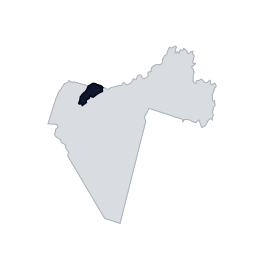 location of Ansongo, Gao, Mali, rotated 198°
{"feature_id": "8926073B56917716124995", "entity_name": "Ansongo", "entity_type": "district", "adm_level": 2, "iso_a3": "MLI", "parent_name": "Mali", "parent_adm1": "Gao", "projection": "equal_earth", "projection_center": [1.009, 15.923], "detail": "fine", "context": "in_parent", "style": "filled", "palette": "ink", "viewbox_px": 256, "rotation_deg": 198, "n_neighbors": 0, "source": "geoboundaries", "source_scale": "gbopen_adm2", "svg_char_len": 5225}
<svg xmlns="http://www.w3.org/2000/svg" viewBox="0 0 256 256"><g transform="rotate(198 128 128)"><path d="M58.2,192.3L58.2,191.4L57.6,190.7L57.6,190.4L58.0,187.6L58.0,186.9L58.3,185.5L57.9,184.9L57.8,184.4L56.8,182.6L56.5,181.1L56.0,180.1L54.9,179.8L54.4,180.6L54.2,180.8L53.8,180.1L53.6,179.6L53.6,179.1L52.2,176.7L52.3,175.4L52.9,174.8L53.1,173.7L52.6,172.4L52.7,171.2L52.6,169.4L51.8,168.0L51.2,167.3L50.7,166.3L51.2,163.9L50.3,161.8L52.0,162.6L52.8,161.9L53.5,160.8L54.2,159.5L54.5,157.8L54.7,156.3L55.4,154.0L56.2,152.9L57.9,151.3L58.3,151.5L60.9,154.9L62.4,156.6L63.0,157.5L63.4,157.5L64.2,155.8L65.0,154.4L65.4,154.0L68.1,153.9L69.5,154.1L70.7,154.5L72.5,154.7L77.1,153.6L77.2,152.9L77.2,152.1L77.4,151.5L77.8,151.0L78.1,150.8L78.2,152.7L78.6,153.0L79.7,153.1L114.1,153.1L115.7,143.2L113.2,139.6L106.0,34.8L122.2,34.8L124.9,37.1L176.7,82.8L177.0,84.3L176.9,86.4L177.3,87.0L178.1,87.7L181.0,89.6L181.3,90.0L181.4,90.8L181.7,91.8L182.4,92.4L183.1,92.8L184.0,93.1L186.7,93.5L187.3,93.9L188.4,95.7L189.1,96.1L192.7,97.1L193.9,97.6L195.2,98.4L195.9,99.2L195.9,102.0L196.4,103.9L196.4,104.4L195.8,105.1L195.6,105.7L195.0,107.2L195.1,107.7L196.4,108.9L197.0,109.2L197.7,109.2L205.4,107.3L205.7,134.2L205.4,134.6L205.2,139.4L204.7,142.2L203.7,144.3L203.1,147.4L202.7,148.1L202.4,149.8L201.8,150.9L200.8,151.3L199.1,153.3L198.9,154.9L194.7,154.0L194.3,154.2L194.2,155.1L183.5,155.6L178.2,155.9L174.9,159.6L172.7,160.0L170.0,159.7L168.7,159.6L168.1,159.9L168.0,160.5L163.7,158.6L162.1,159.2L161.9,159.0L161.7,158.6L160.9,158.4L159.7,158.5L158.8,158.8L156.1,161.7L154.6,162.4L151.9,164.1L150.0,165.6L149.3,165.9L148.2,166.0L147.4,166.3L146.5,169.6L146.0,169.9L142.8,168.6L142.1,168.8L141.6,169.2L139.7,171.1L138.8,172.7L138.3,174.8L138.4,176.1L138.1,176.5L137.3,176.6L135.7,176.2L135.3,176.4L135.1,177.4L135.1,179.7L134.7,181.2L133.8,181.7L133.1,182.3L132.6,182.4L132.1,182.3L129.5,180.0L128.7,179.7L127.7,179.9L126.7,180.9L125.0,183.3L125.2,184.1L125.7,185.1L126.0,186.3L126.0,187.4L123.5,188.9L124.1,190.1L124.0,193.2L122.9,194.6L122.5,195.5L121.4,196.5L120.5,197.1L117.6,197.9L116.4,198.9L115.8,199.7L115.7,200.6L115.8,201.5L116.3,203.6L116.1,205.5L115.6,207.6L115.2,208.6L113.8,209.7L114.0,211.1L114.1,213.2L113.9,215.8L113.4,217.6L113.1,217.4L111.8,217.5L110.4,218.1L109.9,218.5L109.8,219.1L108.6,220.5L107.8,220.4L107.0,220.1L106.6,219.7L107.1,218.3L107.1,217.9L106.7,215.9L106.8,215.4L106.6,213.9L104.9,214.4L104.8,214.7L105.1,215.7L104.9,215.9L104.4,215.9L103.6,215.5L102.7,214.6L102.5,214.9L102.4,215.6L102.4,216.5L102.6,218.0L102.3,218.6L101.0,218.5L99.9,218.7L99.6,219.2L99.5,219.8L99.7,220.5L99.7,220.8L99.2,221.2L98.4,220.4L96.0,219.7L95.8,218.7L95.5,218.7L94.7,217.4L94.4,217.4L94.1,217.6L93.2,217.6L92.3,218.7L91.7,220.0L91.0,220.7L90.0,221.0L90.2,220.1L89.9,218.9L87.7,217.4L87.4,216.8L86.9,213.5L86.9,212.5L87.1,211.6L87.0,210.9L86.8,210.4L86.2,209.9L85.5,209.6L84.7,210.3L84.3,210.4L83.9,210.4L83.7,210.1L83.7,209.8L84.7,208.0L85.1,207.2L86.0,206.4L86.3,205.9L86.3,205.6L86.2,205.3L85.6,205.0L84.7,204.2L84.2,204.1L83.8,203.7L83.4,202.4L83.2,202.1L82.7,202.0L82.3,201.7L82.4,198.5L81.5,196.1L80.8,193.1L80.4,192.4L79.6,191.8L78.7,191.3L77.9,191.3L77.0,191.6L77.0,191.9L77.5,192.8L77.6,193.4L77.5,193.9L77.3,194.2L76.1,194.6L74.5,195.7L73.9,197.0L73.6,197.1L72.9,197.0L68.7,194.8L66.8,195.7L65.6,197.6L65.4,198.2L64.8,198.8L64.5,198.8L64.2,198.4L63.0,195.6L62.4,194.9L61.8,194.9L61.2,195.3L60.6,196.3L59.8,197.2L59.3,197.4L58.9,197.3L57.1,195.4L57.0,195.0L57.9,192.7L58.2,192.3Z" fill="#d9dde1" stroke="#a8b0b8" stroke-width="1"/><path d="M178.4,135.3L175.7,139.0L175.5,139.6L176.3,140.9L176.4,141.4L176.3,141.7L174.5,143.8L174.1,144.3L174.2,145.1L174.3,147.1L174.0,147.2L172.8,146.5L171.8,146.4L170.6,146.6L169.1,148.8L168.9,148.9L168.8,149.1L168.9,149.3L168.8,149.5L168.6,149.8L168.4,149.9L165.6,153.2L163.8,154.6L163.7,155.5L164.4,156.6L164.6,157.5L164.3,158.7L164.4,158.8L164.5,158.8L164.9,159.0L165.0,159.1L165.3,159.2L165.5,159.3L165.8,159.4L165.9,159.5L166.0,159.5L166.4,159.7L166.6,159.7L166.9,159.7L167.1,159.7L167.3,159.7L167.6,159.7L167.9,159.6L168.1,159.5L168.3,159.5L168.5,159.6L168.9,159.7L169.1,159.7L169.2,159.8L169.4,159.8L169.6,159.9L169.8,159.9L170.0,159.8L170.6,159.6L170.9,159.5L171.1,159.5L171.3,159.6L171.5,159.7L171.6,159.8L171.9,159.9L172.2,160.1L172.3,160.1L172.5,160.2L172.8,160.0L173.0,159.9L173.5,159.9L173.8,159.9L174.0,159.9L174.3,159.8L174.5,159.8L174.8,159.7L175.0,159.7L175.3,159.5L175.5,159.3L175.7,159.0L175.8,159.0L176.0,158.7L176.3,158.4L176.6,158.0L176.8,157.7L177.1,157.3L177.4,157.0L177.7,156.7L177.9,156.4L178.2,156.0L178.3,155.9L178.8,155.1L179.1,151.9L179.8,149.3L179.6,149.2L179.8,149.1L179.8,148.9L179.9,148.7L180.0,148.7L180.2,148.4L180.3,148.4L180.5,148.3L180.5,148.1L180.7,147.9L180.8,147.9L181.0,147.8L181.1,147.7L181.0,147.4L181.0,147.2L181.1,146.9L181.2,146.7L181.3,146.6L181.2,146.4L181.3,146.3L181.4,146.2L181.5,146.2L181.6,145.9L181.8,145.8L181.9,145.7L182.1,145.6L182.1,145.4L182.2,145.2L182.3,144.9L182.3,144.7L182.3,144.4L182.4,144.2L182.5,144.1L182.6,143.9L182.6,143.7L182.6,143.4L182.6,143.2L182.6,142.9L182.9,142.9L182.4,139.6L182.5,136.5L182.2,136.0L181.7,135.8L179.5,136.6L178.4,135.3Z" fill="#0f172a" stroke="#020617" stroke-width="1.5"/></g></svg>